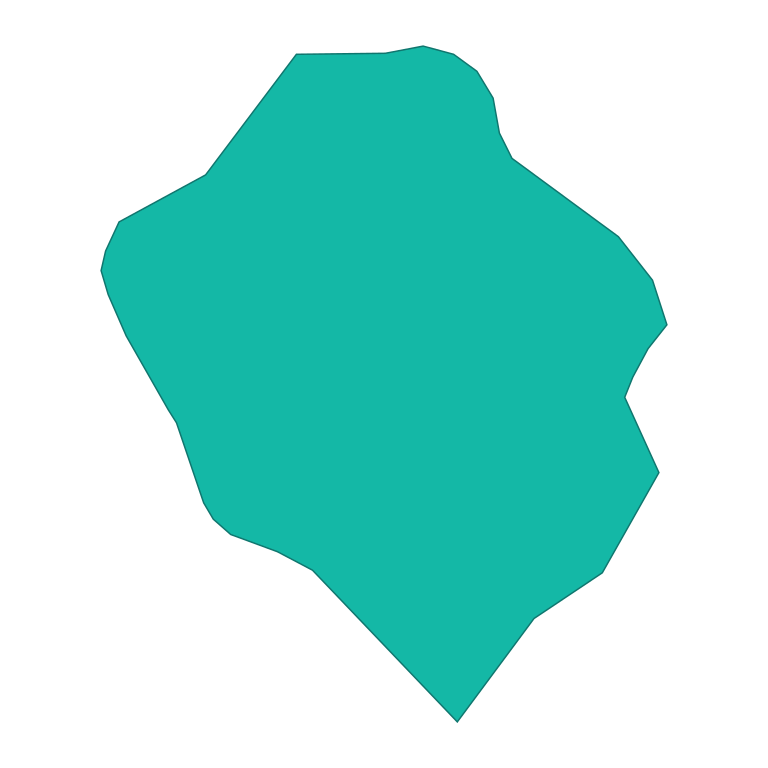 outline of Duplek
{"feature_id": "SVN-948", "entity_name": "Duplek", "entity_type": "Municipality", "adm_level": 1, "iso_a3": "SVN", "parent_name": "Slovenia", "parent_adm1": "", "projection": "orthographic", "projection_center": [15.768, 46.508], "detail": "fine", "context": "isolated", "style": "filled", "palette": "teal", "viewbox_px": 768, "rotation_deg": 0, "n_neighbors": 0, "source": "natural_earth", "source_scale": "10m", "svg_char_len": 510}
<svg xmlns="http://www.w3.org/2000/svg" viewBox="0 0 768 768"><path d="M168.4,410.0L126.2,335.9L108.2,294.6L101.1,270.6L105.6,251.0L119.1,221.9L205.6,174.9L296.4,54.3L385.3,53.3L423.1,46.1L453.6,54.3L476.9,71.3L493.1,98.1L499.4,133.1L512.0,158.4L618.4,236.7L652.5,280.2L666.9,324.8L648.1,348.6L632.8,377.1L624.7,397.3L658.9,472.6L602.3,572.8L534.0,618.5L457.3,721.9L312.5,570.2L277.4,551.7L230.7,534.5L213.3,519.2L203.7,502.9L176.5,422.8L168.4,410.0Z" fill="#14b8a6" stroke="#0f766e" stroke-width="1.5"/></svg>